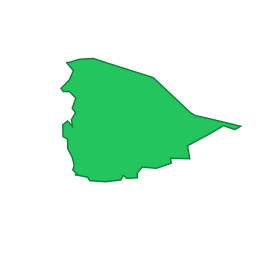 Bullitt, Kentucky, United States of America, rotated 37°
{"feature_id": "52423323B29669005375305", "entity_name": "Bullitt", "entity_type": "district", "adm_level": 2, "iso_a3": "USA", "parent_name": "United States of America", "parent_adm1": "Kentucky", "projection": "mercator", "projection_center": [-85.706, 37.962], "detail": "fine", "context": "isolated", "style": "filled", "palette": "green", "viewbox_px": 256, "rotation_deg": 37, "n_neighbors": 0, "source": "geoboundaries", "source_scale": "gbopen_adm2", "svg_char_len": 779}
<svg xmlns="http://www.w3.org/2000/svg" viewBox="0 0 256 256"><g transform="rotate(37 128 128)"><path d="M216.9,58.8L186.5,72.0L181.8,74.1L174.3,77.6L168.6,78.2L151.3,76.3L122.5,73.1L117.9,72.6L90.8,82.1L81.4,85.4L72.6,88.5L58.5,93.3L48.0,102.2L40.4,112.5L39.1,111.9L40.1,112.9L49.9,115.0L52.2,124.8L50.7,136.7L54.5,137.8L59.5,134.1L68.2,135.5L71.7,146.0L76.8,147.3L77.8,155.3L82.7,160.2L75.5,158.8L74.0,164.7L81.3,174.0L86.3,173.2L92.4,180.8L101.1,185.0L107.5,190.1L109.1,194.6L115.2,195.7L113.8,197.2L125.3,191.6L129.1,193.1L142.1,184.7L153.6,173.7L152.7,168.7L157.3,169.0L165.5,162.1L162.5,158.4L162.8,150.7L174.9,143.1L183.7,130.0L180.1,126.6L195.8,115.4L186.2,106.3L196.7,83.6L202.8,68.7L214.4,64.9L216.9,58.8Z" fill="#22c55e" stroke="#15803d" stroke-width="1.5"/></g></svg>